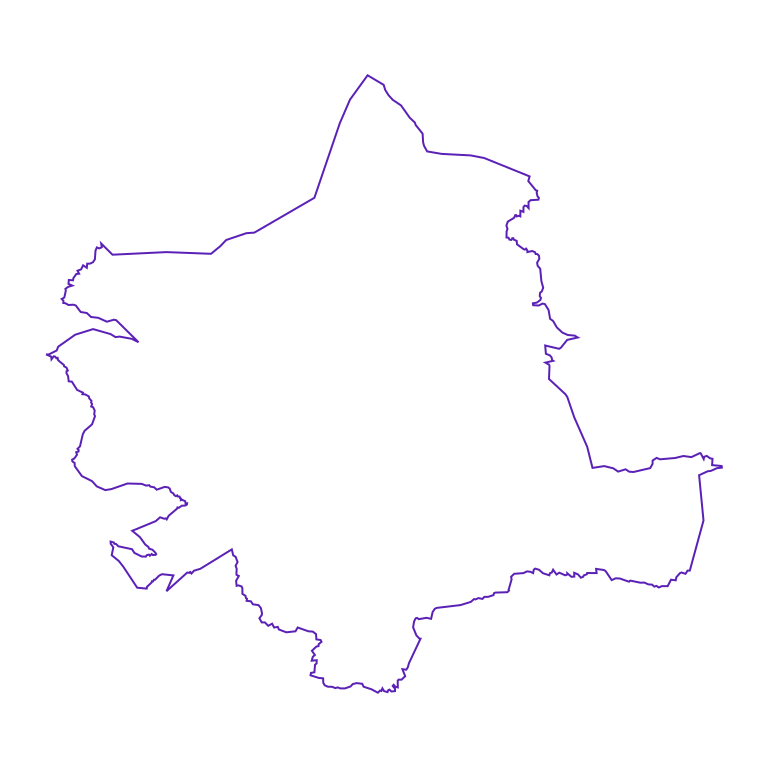 outline of Petlalcingo, Puebla, Mexico, rotated 270°
{"feature_id": "50627088B13668938425489", "entity_name": "Petlalcingo", "entity_type": "district", "adm_level": 2, "iso_a3": "MEX", "parent_name": "Mexico", "parent_adm1": "Puebla", "projection": "albers", "projection_center": [-97.931, 18.063], "detail": "fine", "context": "isolated", "style": "outline", "palette": "violet", "viewbox_px": 768, "rotation_deg": 270, "n_neighbors": 0, "source": "geoboundaries", "source_scale": "gbopen_adm2", "svg_char_len": 6040}
<svg xmlns="http://www.w3.org/2000/svg" viewBox="0 0 768 768"><g transform="rotate(270 384 384)"><path d="M300.4,721.9L302.0,721.6L302.9,712.1L309.2,712.5L309.7,710.1L312.1,706.7L311.2,704.2L309.0,703.7L314.7,700.7L314.9,699.9L310.9,691.4L312.0,683.4L310.0,675.1L308.7,660.0L310.1,656.6L307.5,652.6L304.2,652.6L299.9,650.2L296.0,633.5L296.3,629.2L298.7,625.6L296.4,618.1L299.7,613.3L301.9,604.2L300.1,592.5L321.2,587.2L350.8,574.2L371.0,567.3L373.7,565.5L389.0,549.0L402.1,549.5L403.3,549.1L405.4,545.4L407.2,553.2L407.9,552.1L410.6,551.6L412.6,549.9L414.2,545.9L422.5,545.2L419.2,559.1L420.3,560.9L428.1,567.2L430.5,577.8L432.4,574.6L433.0,567.8L435.4,562.4L440.5,556.9L447.0,553.1L449.2,550.1L457.9,548.6L463.9,544.9L464.4,542.4L462.5,538.8L462.8,533.2L464.7,532.9L465.4,536.9L468.1,540.4L470.0,541.0L471.9,539.7L475.3,540.1L476.4,541.7L480.2,543.2L486.8,541.4L499.3,540.2L502.1,537.7L505.3,537.1L509.1,539.3L512.2,539.0L513.9,537.4L514.0,535.6L515.8,535.0L517.0,532.1L515.9,527.4L517.5,527.4L519.4,526.1L518.4,524.9L518.7,523.8L523.7,517.0L527.1,516.7L528.4,513.8L529.8,513.3L529.8,512.3L528.1,511.4L528.4,509.4L530.3,508.5L530.5,506.5L536.6,506.6L539.0,507.5L542.4,506.4L546.4,507.8L550.2,514.1L552.9,515.3L552.9,516.2L551.6,516.7L552.2,518.9L551.6,520.3L557.3,520.4L556.1,523.4L561.0,523.5L562.4,524.7L562.0,526.7L559.9,528.6L565.9,528.5L567.8,530.5L568.3,538.4L570.1,538.9L571.7,537.5L575.1,536.7L577.3,537.2L577.7,535.8L586.9,528.3L591.6,529.6L610.0,484.1L612.6,470.6L614.1,441.7L616.6,427.1L622.3,424.0L625.8,423.1L634.3,422.6L643.1,415.6L645.4,414.9L650.2,409.8L662.6,401.0L668.2,392.7L672.7,388.6L678.1,385.2L683.1,383.7L692.7,367.6L668.4,350.0L644.8,339.8L570.2,314.4L535.4,254.4L534.8,246.3L528.0,226.2L521.9,220.4L514.2,211.0L515.9,166.4L513.3,112.5L524.5,101.2L520.7,101.8L519.6,99.1L520.6,96.9L517.4,95.5L508.7,94.9L505.8,93.0L504.4,90.1L504.3,87.2L500.2,86.8L502.7,83.1L498.6,81.1L497.3,77.5L494.3,79.1L494.0,76.3L490.1,73.5L487.7,73.0L488.0,68.8L484.1,68.5L482.4,72.3L481.2,68.3L479.2,65.4L477.3,65.8L470.5,64.3L469.0,61.7L467.3,63.4L465.0,63.3L464.8,65.3L463.0,68.5L463.3,73.5L462.5,75.8L456.0,80.7L455.0,86.8L451.0,91.0L450.2,98.2L446.3,106.9L448.3,113.9L447.8,116.2L425.8,138.5L429.2,131.7L431.4,119.6L430.9,115.5L433.9,110.6L438.9,93.1L433.3,75.2L421.3,58.2L417.5,56.7L413.5,48.6L413.6,46.1L411.4,51.2L408.7,51.5L411.7,53.8L411.3,55.3L409.7,56.4L410.1,57.6L407.8,58.1L403.0,63.9L401.7,64.1L400.4,66.5L397.4,67.8L396.7,66.5L394.8,66.5L391.8,68.1L386.7,68.7L386.3,71.9L378.1,77.1L375.3,83.0L373.8,82.4L373.6,85.2L371.6,88.8L369.5,89.3L367.1,91.5L365.5,91.1L363.9,92.1L361.5,91.2L360.7,93.2L357.4,94.7L353.9,94.2L351.8,95.0L343.6,92.0L337.2,84.6L333.7,82.8L321.7,80.0L319.1,77.5L317.9,78.7L316.5,78.5L315.8,76.2L313.3,77.0L309.6,74.4L308.3,72.1L306.6,72.4L305.0,74.6L301.8,74.8L291.9,81.9L286.8,92.1L281.6,96.8L277.9,105.3L278.9,111.4L284.5,127.5L284.1,141.8L282.4,146.1L282.8,149.2L281.4,150.4L280.7,154.2L278.3,156.7L281.1,164.7L280.6,168.2L279.4,169.7L276.1,170.9L274.5,173.4L272.8,174.3L271.8,176.0L272.6,177.2L271.5,177.9L271.4,179.6L269.6,180.2L269.3,181.1L267.8,180.9L268.1,182.3L266.8,185.2L264.4,185.6L264.7,187.1L263.4,186.9L262.4,185.0L262.3,181.8L260.2,178.8L260.6,177.5L259.3,177.0L252.3,168.7L248.6,166.7L249.6,165.8L249.3,164.1L250.7,160.1L246.9,155.8L237.2,132.2L230.9,139.9L223.4,145.3L221.0,148.5L219.4,149.0L218.3,152.4L215.3,155.4L213.9,156.2L213.1,155.5L213.0,152.7L214.0,151.7L212.3,149.9L213.4,148.9L212.8,146.7L211.4,145.9L211.5,141.7L215.1,134.4L218.8,132.0L221.7,118.4L224.1,115.9L224.1,114.5L225.5,113.8L226.4,110.6L224.3,110.7L220.7,113.3L212.8,111.7L206.9,118.9L201.3,123.3L180.3,137.2L179.4,146.7L181.2,147.0L185.6,151.7L186.7,151.9L186.6,153.0L188.3,154.0L188.2,154.9L192.4,159.2L193.8,162.0L192.6,173.4L176.8,166.5L195.4,187.2L195.1,190.3L196.7,189.7L194.5,191.5L197.3,194.0L199.2,200.3L218.6,231.8L212.7,233.2L211.2,235.6L205.9,237.6L202.3,235.6L199.2,236.7L194.1,236.4L193.1,236.6L192.0,238.8L187.2,236.1L182.2,236.6L182.6,238.5L181.6,241.5L179.7,242.4L174.2,242.4L172.2,245.5L170.0,245.9L169.2,247.0L167.2,246.6L166.7,250.9L163.7,252.9L162.9,258.5L159.9,260.9L154.7,262.0L153.0,261.8L149.8,259.4L145.6,261.7L145.6,264.9L142.2,268.2L144.3,272.1L140.5,274.1L141.1,277.8L138.5,278.9L135.7,286.3L136.7,295.5L140.5,297.7L136.7,308.4L136.4,312.8L133.9,316.0L128.6,316.4L128.0,320.6L126.2,321.5L123.9,318.7L121.9,318.5L121.4,316.3L117.2,311.9L113.0,314.9L111.2,312.8L107.3,311.7L107.8,316.7L104.6,316.6L103.2,315.0L95.7,314.4L95.1,311.0L92.7,310.5L90.0,319.0L89.7,323.1L85.1,323.3L82.7,324.7L81.3,327.9L81.2,332.1L79.9,335.3L80.6,337.7L79.6,340.4L79.6,344.9L81.5,350.5L83.9,352.7L84.9,356.6L84.2,362.2L81.3,363.6L78.7,371.5L75.3,377.9L77.5,380.1L77.0,381.4L79.6,382.4L76.9,384.1L75.9,387.5L77.9,388.3L78.4,389.5L76.5,391.4L76.9,395.0L79.2,395.1L82.0,392.7L83.2,393.7L81.3,395.3L80.6,397.8L87.2,397.7L88.3,398.5L88.3,401.5L91.8,405.2L98.8,402.4L98.3,406.3L100.7,407.8L104.9,409.0L129.3,420.5L129.4,419.4L132.6,416.4L140.7,413.1L146.6,414.1L149.7,415.7L150.1,417.1L148.8,418.8L150.2,426.4L149.2,431.1L155.9,432.6L159.1,434.7L160.1,436.7L162.9,460.4L166.1,470.8L168.9,474.0L168.6,475.6L169.9,478.4L169.1,482.5L171.1,484.3L171.1,488.0L172.9,493.5L174.8,494.0L175.4,495.2L175.8,507.4L177.5,509.0L178.2,508.6L188.6,511.6L191.2,511.1L194.2,514.2L194.9,523.5L196.6,526.9L196.2,530.5L194.9,533.1L198.4,533.8L199.4,535.2L198.2,539.1L194.8,542.9L192.7,549.3L194.8,550.0L195.5,551.8L198.3,553.1L193.5,556.5L195.3,559.3L192.7,565.2L193.5,567.4L194.7,567.3L191.2,571.4L191.4,574.3L195.2,574.2L193.6,578.0L190.3,580.9L191.3,583.2L192.6,583.8L193.7,586.8L195.0,587.2L194.9,596.6L199.1,596.1L198.0,604.0L196.8,605.7L187.9,611.7L189.7,615.7L189.5,619.8L186.3,629.0L187.4,630.3L185.3,640.3L185.4,644.4L183.6,648.4L183.4,652.0L181.4,654.3L182.1,656.5L180.5,658.7L181.9,662.0L181.9,667.7L188.3,671.0L187.7,675.7L190.7,676.3L195.0,680.1L195.5,681.5L194.2,685.5L197.4,687.6L197.4,689.8L247.5,703.5L292.8,699.1L296.7,707.6L297.1,710.8L299.8,716.9L300.4,721.9Z" fill="none" stroke="#5b21b6" stroke-width="2"/></g></svg>